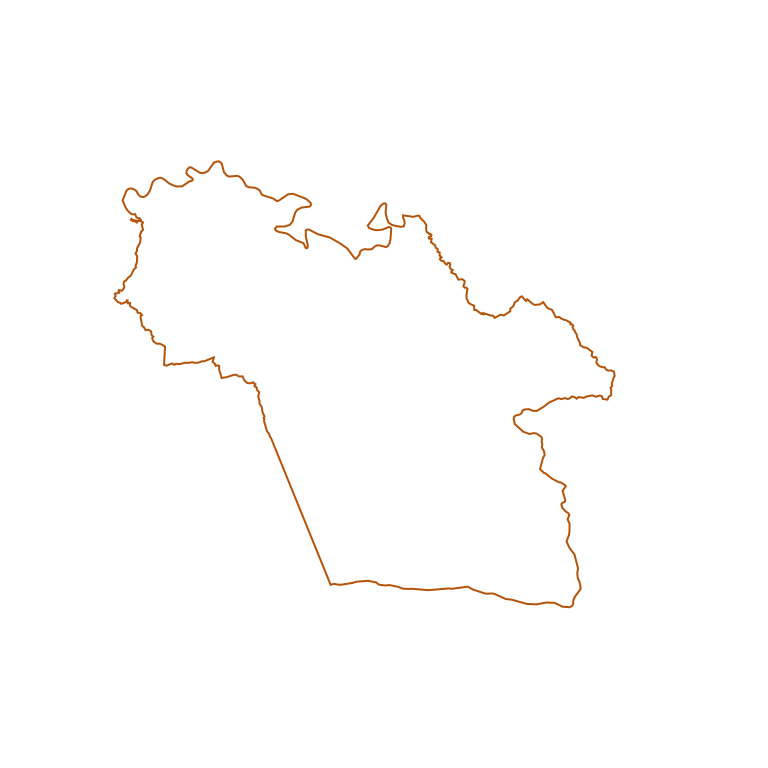 outline of Riofrío, Valle del Cauca, Colombia, rotated 248°
{"feature_id": "7082276B33798425293322", "entity_name": "Riofrío", "entity_type": "district", "adm_level": 2, "iso_a3": "COL", "parent_name": "Colombia", "parent_adm1": "Valle del Cauca", "projection": "orthographic", "projection_center": [-76.345, 4.104], "detail": "fine", "context": "isolated", "style": "outline", "palette": "amber", "viewbox_px": 768, "rotation_deg": 248, "n_neighbors": 0, "source": "geoboundaries", "source_scale": "gbopen_adm2", "svg_char_len": 6166}
<svg xmlns="http://www.w3.org/2000/svg" viewBox="0 0 768 768"><g transform="rotate(248 384 384)"><path d="M652.1,210.4L643.6,210.6L639.9,211.6L636.3,213.4L635.2,214.8L634.7,216.9L631.4,216.9L629.8,218.2L629.3,219.5L627.6,219.7L627.2,219.0L627.9,216.0L630.7,211.9L631.7,211.7L631.2,210.8L629.9,211.5L627.6,214.6L626.3,215.3L627.1,216.4L626.7,220.0L625.7,219.7L624.6,220.9L623.8,220.9L622.6,219.1L617.1,218.3L616.4,216.0L615.3,215.6L615.0,214.7L612.4,212.8L610.8,213.2L606.6,210.9L602.2,205.7L600.2,205.0L597.9,202.4L595.1,203.1L589.8,200.7L586.3,197.7L584.9,197.7L583.9,195.0L579.4,189.9L578.1,185.7L576.6,183.5L576.3,181.3L573.9,179.8L571.5,179.8L569.4,177.8L568.7,175.6L570.4,173.3L570.0,172.8L567.8,172.7L568.6,168.3L566.2,168.1L564.6,166.2L559.5,167.9L558.2,169.8L556.8,170.4L556.6,175.8L557.9,176.9L557.6,177.5L554.8,176.8L554.2,178.9L552.7,178.0L551.0,177.9L545.0,182.6L542.5,182.2L541.1,184.4L538.6,185.5L538.4,184.0L537.3,183.4L528.5,181.5L526.5,182.7L523.2,183.1L522.7,185.7L520.0,187.8L516.9,186.8L514.2,187.8L514.1,186.9L513.2,186.2L509.8,186.2L506.5,188.3L505.9,190.2L504.5,192.1L500.8,195.0L484.0,187.2L482.5,189.2L482.4,195.3L480.4,196.7L480.6,198.9L479.0,201.7L478.2,207.6L477.0,210.1L476.0,214.5L474.6,216.3L473.3,219.8L473.3,223.5L472.4,226.0L472.4,236.1L468.7,233.4L466.6,234.6L463.7,234.8L463.6,236.9L462.5,237.9L459.0,236.5L450.4,235.8L449.2,241.0L448.8,247.9L447.9,250.6L445.5,252.1L444.0,255.7L439.7,255.9L436.3,257.4L434.9,259.8L434.4,263.5L433.4,263.6L432.0,264.7L431.1,263.4L430.2,263.2L428.7,264.6L426.1,264.1L423.1,265.2L419.7,262.7L414.4,262.1L412.5,261.2L408.0,262.0L403.5,260.8L398.8,261.1L397.5,259.6L396.2,260.0L395.1,259.0L384.4,257.8L380.5,258.8L378.4,258.5L375.5,259.0L217.8,259.3L217.5,262.7L215.0,266.4L213.7,270.0L211.2,281.1L211.2,283.7L207.5,295.5L202.9,302.5L200.5,303.6L198.9,305.6L196.6,310.0L195.6,313.6L190.7,321.0L187.3,324.6L185.9,327.4L183.5,333.5L176.2,348.0L170.1,367.7L168.7,370.2L164.7,385.7L160.1,389.5L151.5,399.7L149.2,406.0L147.9,407.9L139.1,416.3L136.2,421.6L126.5,434.2L122.5,443.1L120.6,452.6L117.3,460.0L110.7,466.1L107.5,472.4L107.9,475.5L108.9,476.7L112.7,478.7L115.6,481.8L120.2,489.4L123.8,490.6L128.5,491.2L130.9,490.9L136.2,492.3L140.5,494.9L154.5,496.7L163.0,494.5L169.7,494.3L174.4,498.7L177.3,500.5L184.9,503.7L189.6,503.5L193.3,506.9L195.7,506.3L197.7,504.7L202.4,503.0L205.8,503.3L206.7,504.0L207.3,508.0L209.3,508.7L218.0,509.5L221.1,514.2L222.0,514.2L226.2,511.3L227.6,509.1L233.6,504.1L240.7,500.2L241.8,498.9L246.7,496.8L256.0,503.8L258.0,506.4L261.8,507.2L265.9,506.5L268.8,508.2L271.2,508.5L274.8,510.2L276.1,510.0L280.8,507.0L282.3,504.6L283.2,500.1L287.6,495.2L297.7,490.3L302.9,491.1L304.9,492.3L305.4,494.3L304.9,498.4L305.3,500.5L307.6,502.5L307.7,504.8L306.5,508.8L303.2,512.2L301.8,515.6L303.2,524.0L305.0,530.2L305.4,539.3L305.1,541.0L303.5,542.9L303.2,546.5L301.2,548.8L301.1,550.8L302.0,553.5L300.7,555.7L298.2,557.1L299.0,559.6L296.3,564.0L296.5,567.3L295.4,572.9L292.7,575.9L292.6,579.1L291.9,580.5L291.0,581.4L288.2,581.3L285.8,585.3L288.0,587.7L288.6,590.4L293.5,592.5L295.6,592.7L296.8,595.0L299.1,595.4L304.2,599.6L305.0,600.9L309.3,601.8L311.4,599.8L312.7,596.5L314.2,595.4L317.0,594.9L317.0,594.1L318.9,591.4L321.2,589.6L324.3,588.9L326.7,590.6L329.2,590.8L329.8,590.2L329.9,588.3L332.4,587.1L335.7,589.2L341.8,585.4L343.4,582.6L346.6,580.4L348.8,581.0L355.2,580.7L358.6,581.2L360.3,580.6L362.2,580.8L363.3,580.1L366.0,580.0L367.2,581.4L368.6,580.8L369.4,579.2L370.9,580.0L374.8,576.8L377.6,573.3L380.3,571.8L381.5,568.4L389.9,567.5L392.4,564.7L394.3,563.6L400.3,562.3L399.4,558.4L400.9,553.3L402.8,551.7L408.8,548.7L409.0,548.0L407.8,547.1L408.1,546.5L413.6,544.7L413.6,542.8L411.3,539.2L410.8,536.0L407.7,533.0L406.5,529.3L404.1,528.3L402.7,520.6L404.1,519.0L404.6,517.3L403.8,511.5L406.6,510.6L407.6,508.4L411.6,503.8L411.2,502.6L411.6,502.0L412.0,502.9L412.7,502.5L412.3,501.8L412.9,501.0L412.8,500.3L418.2,497.1L419.0,495.4L422.8,496.9L426.5,493.4L428.5,492.8L432.2,492.7L434.9,493.4L441.1,497.1L442.7,496.2L443.1,494.8L444.8,494.2L448.1,496.9L449.5,497.3L451.9,495.7L452.9,492.1L458.8,491.5L462.1,488.1L462.8,488.3L463.8,490.4L465.6,488.9L468.0,488.7L469.8,490.2L471.4,490.3L472.4,488.8L471.2,487.1L471.6,486.3L475.8,485.3L476.5,483.5L477.9,482.7L479.3,482.8L479.7,484.8L480.7,484.8L482.1,483.6L485.1,484.9L486.4,483.2L489.1,484.4L491.2,482.9L493.4,483.4L497.8,480.7L500.7,482.6L501.8,480.4L502.7,480.1L503.5,480.9L503.2,482.9L504.5,483.8L505.7,483.2L506.0,482.2L507.3,482.0L508.1,480.9L509.5,480.6L512.8,481.4L515.3,482.8L519.1,482.1L524.8,479.8L526.6,479.8L527.4,478.7L528.0,473.8L533.2,464.9L530.8,464.0L527.8,464.1L525.1,463.3L522.8,461.4L523.5,458.3L528.3,451.1L531.9,448.7L536.2,448.7L542.6,449.8L549.3,453.3L551.1,452.8L551.5,450.8L550.5,447.6L541.8,436.6L537.0,428.3L534.0,428.7L530.8,432.4L529.1,435.4L527.7,440.7L527.8,447.1L526.7,448.7L525.4,448.9L524.1,448.3L515.9,444.3L512.4,441.8L510.4,439.0L510.2,437.1L513.8,432.4L515.1,429.7L515.0,427.2L513.6,423.3L514.5,420.0L516.3,416.6L516.5,413.9L515.9,411.8L512.9,409.4L510.4,404.6L511.6,403.8L523.2,400.8L530.8,396.0L540.1,388.7L547.6,378.9L555.4,372.2L556.1,370.1L555.5,368.9L549.5,366.6L541.5,365.4L539.0,364.2L539.0,362.9L539.4,362.4L544.8,362.1L550.4,356.2L557.9,351.9L560.3,349.8L564.3,343.6L566.9,341.1L568.9,341.1L570.2,343.4L567.3,350.7L566.8,356.0L568.8,359.9L576.1,365.8L578.0,368.6L578.5,373.5L576.3,381.7L577.5,383.6L579.6,383.7L584.0,381.6L586.5,379.5L594.5,370.8L595.8,366.1L593.5,355.5L593.7,353.2L597.3,350.9L604.7,342.1L606.4,341.5L609.7,341.4L612.2,339.9L614.2,338.0L617.0,332.5L619.0,330.5L626.7,329.5L630.5,327.6L632.0,325.8L634.4,318.0L636.1,316.4L640.4,315.0L649.1,316.1L651.1,315.3L652.7,313.6L653.0,309.2L647.5,300.8L647.0,296.9L647.5,294.5L649.0,292.3L656.3,286.9L657.3,286.0L657.7,284.2L655.9,281.1L653.5,279.7L651.1,280.3L646.5,283.3L645.0,283.3L644.4,282.2L644.7,279.2L642.9,270.8L644.9,265.5L647.7,262.4L650.5,259.9L657.0,256.2L659.0,254.0L659.4,252.7L659.2,248.2L658.0,245.3L651.0,239.4L648.3,235.7L647.5,233.0L647.6,230.5L649.0,228.5L651.5,227.2L655.8,226.7L659.1,224.3L660.5,221.7L660.3,218.9L659.2,217.1L652.1,210.4Z" fill="none" stroke="#b45309" stroke-width="2"/></g></svg>